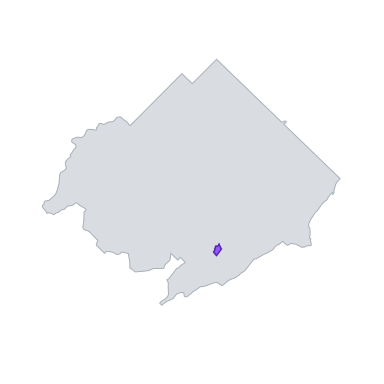 Al Fao, Gedarif, Sudan shown in context, rotated 44°
{"feature_id": "16777658B5270052963378", "entity_name": "Al Fao", "entity_type": "district", "adm_level": 2, "iso_a3": "SDN", "parent_name": "Sudan", "parent_adm1": "Gedarif", "projection": "natural_earth1", "projection_center": [34.062, 14.059], "detail": "fine", "context": "in_parent", "style": "filled", "palette": "violet", "viewbox_px": 384, "rotation_deg": 44, "n_neighbors": 0, "source": "geoboundaries", "source_scale": "gbopen_adm2", "svg_char_len": 4486}
<svg xmlns="http://www.w3.org/2000/svg" viewBox="0 0 384 384"><g transform="rotate(44 192 192)"><path d="M248.9,294.4L246.1,294.4L245.8,293.7L245.9,291.6L246.2,290.1L247.2,287.6L246.9,286.2L247.1,284.3L246.3,282.1L239.8,275.8L238.5,274.1L234.9,272.5L235.6,270.7L234.1,257.7L234.8,256.2L235.0,254.0L235.0,252.0L235.9,248.7L236.0,247.3L229.0,247.2L228.9,248.6L229.2,250.2L229.2,250.8L219.4,250.9L223.3,256.0L223.5,258.2L223.3,260.9L223.3,262.7L223.5,263.9L224.6,266.2L224.5,266.6L224.3,267.1L217.3,273.9L216.2,277.0L215.3,278.7L213.2,281.4L206.9,288.7L205.9,289.1L201.0,289.4L200.6,289.6L200.2,289.9L195.9,285.6L188.9,280.5L184.4,283.1L183.1,284.1L183.1,286.6L182.4,287.8L181.1,289.2L177.7,290.1L176.0,290.8L173.9,292.2L171.8,294.5L171.6,295.7L171.8,296.8L160.1,296.7L159.4,295.9L157.7,292.0L156.5,292.3L145.8,291.8L144.3,292.2L141.2,293.8L139.7,294.1L138.1,293.3L132.5,285.8L131.3,284.9L130.1,283.1L128.9,282.3L128.5,281.8L128.4,281.0L128.4,279.3L128.0,278.3L127.1,278.0L119.6,279.8L118.5,279.6L116.9,279.9L116.4,280.2L115.7,281.2L115.6,283.3L115.4,284.3L114.8,285.4L112.7,288.0L112.2,289.1L112.2,291.9L112.1,293.3L111.8,294.0L110.8,295.1L110.5,295.7L110.1,299.3L108.9,301.5L108.6,302.2L108.5,303.8L108.3,304.3L104.9,305.5L103.6,306.3L102.8,307.5L102.6,308.1L101.2,307.6L99.3,307.3L95.8,306.9L94.3,306.3L93.7,305.5L93.9,303.3L93.6,302.8L93.0,302.5L92.6,301.5L92.7,300.4L94.6,297.9L95.0,296.5L95.5,290.2L95.4,288.3L94.0,284.7L90.6,278.6L89.8,277.4L85.5,272.4L85.0,271.6L84.0,269.5L85.2,264.8L85.3,263.5L85.0,262.2L84.0,261.2L83.0,261.1L81.7,259.8L80.9,259.3L80.2,258.2L79.7,256.6L80.1,251.2L79.9,250.4L78.8,250.2L78.5,249.8L78.6,248.8L78.0,245.6L77.4,243.1L77.8,241.6L76.9,239.7L75.2,238.8L71.7,239.5L70.7,239.4L70.0,239.0L69.5,238.3L69.2,237.4L69.5,236.2L70.5,233.8L71.7,231.9L74.2,230.2L74.8,229.2L75.2,228.2L75.3,227.0L75.2,225.8L74.9,224.6L74.2,223.1L73.5,221.3L73.5,220.2L73.9,219.3L74.5,218.3L77.0,216.2L79.5,214.5L80.0,214.0L79.8,213.2L78.7,211.9L78.4,209.2L77.7,207.3L79.0,205.9L80.0,205.4L81.4,204.9L82.0,204.3L82.2,203.2L82.2,202.1L82.7,201.3L83.4,199.6L84.0,198.8L85.9,196.8L86.4,195.5L86.5,194.2L86.1,190.4L87.2,188.9L88.6,187.5L90.6,187.6L93.7,187.3L95.9,186.8L97.4,186.8L100.9,187.5L101.2,187.2L101.4,186.2L102.5,113.9L116.8,113.9L116.9,113.7L117.5,79.5L207.4,79.5L208.2,79.4L209.6,76.2L210.2,75.9L211.1,76.1L211.4,76.9L210.7,79.5L289.2,79.5L289.4,83.4L290.0,86.5L292.3,91.0L294.2,93.4L294.9,94.7L294.9,95.4L294.9,95.9L294.3,95.3L293.3,94.8L293.2,96.9L293.7,101.2L294.5,104.2L293.9,107.0L294.0,111.7L295.1,117.4L294.9,121.0L296.5,129.4L298.2,134.0L299.1,135.2L300.0,135.8L301.9,136.2L304.7,138.6L307.0,141.1L307.8,142.4L308.8,143.8L309.6,143.6L310.0,143.2L310.8,144.4L314.3,146.9L314.8,148.0L313.5,149.2L312.1,151.1L311.4,153.0L311.0,153.6L309.9,154.7L309.7,155.3L309.2,155.6L308.6,155.6L307.4,156.3L306.3,156.1L305.3,156.4L304.9,156.8L304.0,157.2L302.8,157.4L301.0,159.0L299.4,159.7L298.9,160.3L298.0,163.4L297.4,164.2L295.1,164.3L293.9,164.6L292.3,164.2L291.6,164.3L291.4,164.9L291.1,167.6L291.2,168.7L289.8,171.7L290.2,177.4L289.0,181.6L288.8,182.5L287.5,185.9L286.9,187.1L285.2,193.4L284.6,195.3L283.2,197.3L284.7,212.3L283.5,216.9L283.6,219.4L282.7,223.1L282.1,224.8L281.0,226.9L280.1,229.2L279.4,232.3L278.9,238.0L278.6,238.5L274.4,239.3L273.1,239.7L272.2,240.3L271.1,241.8L269.0,245.8L267.9,248.3L266.1,251.7L264.0,254.1L263.6,255.3L263.3,257.5L262.5,260.9L261.8,263.4L262.0,265.3L261.3,268.8L261.4,270.4L260.7,271.4L259.7,272.2L259.1,272.5L256.1,270.2L254.1,271.7L252.8,274.0L251.8,276.2L252.3,280.9L252.3,282.0L252.0,283.1L250.1,287.7L249.5,289.9L248.9,293.6L248.9,294.4Z" fill="#d9dde1" stroke="#a8b0b8" stroke-width="1"/><path d="M248.2,211.0L248.1,210.9L247.8,210.8L247.6,210.7L247.6,210.9L247.6,211.0L247.9,211.4L248.2,211.9L248.2,212.0L248.3,212.2L248.2,212.5L248.1,212.9L247.9,213.1L247.7,213.4L247.6,213.5L247.4,213.7L247.1,213.9L246.9,214.1L246.7,214.3L246.7,214.5L246.9,214.8L247.0,215.2L247.1,215.3L247.2,215.5L247.3,215.8L247.5,216.0L247.6,216.4L247.6,216.6L247.8,216.9L248.0,216.9L248.2,217.0L248.3,217.1L248.3,217.3L248.4,217.6L248.5,217.8L248.7,218.0L248.8,218.2L248.8,218.3L248.9,218.5L249.0,218.8L249.0,219.1L249.1,219.3L249.1,219.6L249.2,219.9L249.2,220.0L249.3,220.0L249.5,220.1L249.6,220.3L250.2,220.4L250.9,220.4L251.7,220.5L252.6,220.6L252.9,220.7L253.1,220.7L253.8,220.7L253.2,215.8L253.0,214.5L252.9,213.8L252.7,212.5L252.2,212.5L250.8,211.9L249.0,211.3L248.3,211.0L248.2,211.0Z" fill="#8b5cf6" stroke="#5b21b6" stroke-width="1.5"/></g></svg>